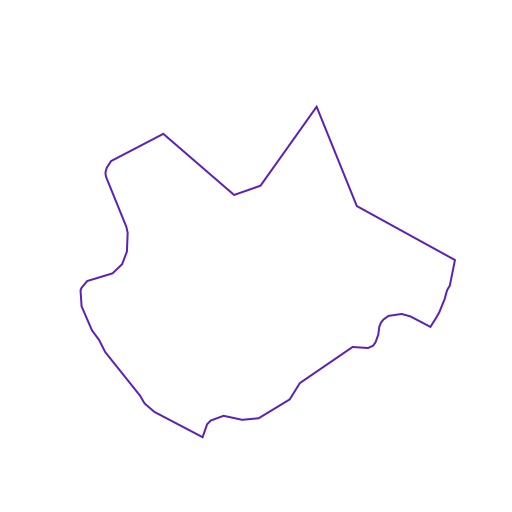 outline of Sutton, rotated 156°
{"feature_id": "GBR-2076", "entity_name": "Sutton", "entity_type": "London Borough", "adm_level": 1, "iso_a3": "GBR", "parent_name": "United Kingdom", "parent_adm1": "", "projection": "mercator", "projection_center": [-0.168, 51.354], "detail": "fine", "context": "isolated", "style": "outline", "palette": "violet", "viewbox_px": 512, "rotation_deg": 156, "n_neighbors": 0, "source": "natural_earth", "source_scale": "10m", "svg_char_len": 810}
<svg xmlns="http://www.w3.org/2000/svg" viewBox="0 0 512 512"><g transform="rotate(156 256 256)"><path d="M319.6,106.7L335.3,112.0L350.6,123.2L364.3,124.1L369.1,122.2L378.5,112.2L412.3,155.0L417.5,166.0L418.0,168.3L418.7,175.4L432.8,229.4L433.5,243.0L436.1,254.8L435.8,281.0L430.3,295.9L428.5,297.8L420.4,301.8L394.1,298.5L381.6,303.0L372.1,312.6L363.8,329.4L362.6,335.2L360.8,389.3L360.1,392.1L359.2,394.1L356.4,397.4L349.7,401.7L291.0,405.3L251.2,320.7L223.3,318.4L139.9,367.7L143.6,260.6L75.9,171.4L91.0,150.1L94.6,147.6L96.6,145.6L101.1,140.0L111.6,129.9L117.1,125.9L125.5,120.3L139.5,138.0L146.5,143.8L159.3,147.4L165.5,146.1L169.2,144.1L172.2,141.1L176.3,134.4L182.1,128.4L185.6,126.4L191.1,126.4L204.8,133.6L267.6,122.1L283.5,111.3L319.6,106.7Z" fill="none" stroke="#5b21b6" stroke-width="2"/></g></svg>